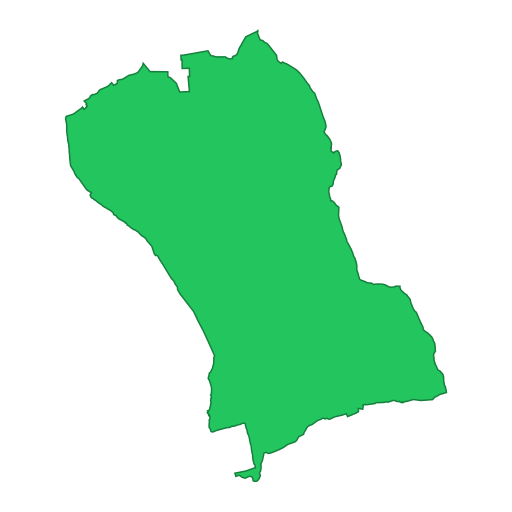 outline of Selimbar, Sibiu, Romania
{"feature_id": "2599482B14672137342466", "entity_name": "Selimbar", "entity_type": "district", "adm_level": 2, "iso_a3": "ROU", "parent_name": "Romania", "parent_adm1": "Sibiu", "projection": "albers", "projection_center": [24.225, 45.735], "detail": "fine", "context": "isolated", "style": "filled", "palette": "green", "viewbox_px": 512, "rotation_deg": 0, "n_neighbors": 0, "source": "geoboundaries", "source_scale": "gbopen_adm2", "svg_char_len": 5992}
<svg xmlns="http://www.w3.org/2000/svg" viewBox="0 0 512 512"><path d="M432.6,399.6L434.6,397.3L437.7,395.8L439.5,394.6L446.4,392.5L446.1,389.9L445.7,388.7L445.5,387.2L445.3,386.6L444.9,386.2L444.3,384.5L444.3,383.7L443.6,380.5L443.8,379.4L443.4,378.5L443.7,377.2L443.0,375.3L443.1,374.7L441.9,373.1L440.8,372.3L440.8,371.8L440.4,371.3L437.9,369.9L435.6,364.8L435.3,364.7L435.1,364.4L435.1,363.0L434.3,361.6L434.1,360.3L433.9,359.9L434.0,359.2L433.8,358.9L434.1,357.7L433.7,357.1L433.6,354.5L433.7,353.9L435.5,351.1L435.2,350.7L435.2,346.9L434.7,343.5L433.2,340.4L432.6,338.3L432.1,337.7L431.7,336.9L427.3,332.6L425.7,331.8L423.2,329.6L423.1,327.8L422.9,327.0L420.1,321.3L416.6,313.0L415.9,311.9L414.7,311.1L413.3,308.8L410.9,302.9L410.1,299.3L407.6,296.2L406.9,295.0L404.3,293.3L400.9,290.1L399.9,287.4L400.0,286.3L395.9,286.1L393.5,287.1L391.5,287.2L389.1,287.0L385.6,285.0L382.2,284.1L377.3,284.0L373.3,284.4L371.5,283.1L367.4,282.8L364.6,281.4L361.1,280.2L359.9,279.5L359.6,279.1L359.2,277.5L358.8,276.9L358.4,274.6L356.9,269.9L356.7,268.9L356.9,266.1L356.4,263.1L354.9,258.2L353.7,256.3L352.8,253.2L350.9,248.7L347.6,242.6L346.9,241.8L346.5,239.3L344.4,233.8L343.1,231.4L341.9,226.3L339.2,219.0L338.5,215.2L338.9,207.3L336.0,205.0L334.2,202.5L332.7,201.2L332.1,200.8L330.7,200.7L330.7,199.2L329.6,196.5L329.4,194.6L328.8,191.9L328.8,190.6L329.4,187.3L330.0,186.7L331.7,186.2L332.3,185.9L332.6,185.3L333.2,183.7L333.4,181.5L333.7,180.2L335.0,177.6L335.4,175.3L336.6,174.1L336.8,170.7L337.3,170.0L340.0,168.1L340.4,166.5L341.4,165.1L341.0,162.5L340.5,161.4L340.7,159.8L340.3,157.8L340.0,155.2L339.2,153.5L339.2,152.9L337.9,151.0L337.5,150.7L335.7,151.3L334.7,151.9L333.7,153.1L332.9,152.1L331.5,151.7L330.8,150.0L331.1,149.4L330.9,148.2L331.2,148.4L331.2,146.5L331.5,144.9L331.5,143.3L331.2,142.3L329.5,138.8L328.6,137.8L327.5,136.0L325.5,134.4L324.0,131.7L324.9,130.3L326.1,126.7L325.4,122.9L325.0,121.3L323.2,117.0L318.2,101.8L316.9,99.5L314.7,93.3L312.7,91.5L311.6,90.0L310.2,87.9L309.3,85.4L307.2,83.1L304.4,78.9L299.8,73.1L297.4,70.8L295.9,69.5L287.3,64.2L284.4,63.0L282.5,62.0L281.1,63.4L278.1,61.1L277.0,59.3L276.6,55.4L267.9,44.3L266.7,43.3L264.3,42.1L262.8,40.6L260.1,39.8L257.5,33.4L257.5,32.8L257.9,31.5L257.8,30.7L257.0,31.4L245.8,36.8L241.7,43.9L241.4,44.9L240.9,45.3L239.0,48.7L239.0,49.2L237.2,53.9L235.9,55.3L233.0,56.4L232.4,57.3L232.4,58.7L230.1,59.0L227.2,58.2L225.4,56.9L215.9,56.9L213.1,55.9L211.2,55.8L210.0,54.4L208.0,50.8L183.8,55.1L180.9,55.3L181.1,59.9L182.0,59.8L182.2,68.5L189.3,68.3L189.6,76.5L188.1,76.4L189.4,91.6L179.7,92.0L176.3,83.3L170.4,77.7L167.9,76.8L167.8,71.8L150.0,71.6L143.2,63.3L142.8,65.3L142.2,66.4L139.7,70.0L137.6,72.6L134.4,74.0L128.7,75.4L123.5,78.7L121.8,79.4L119.1,79.8L117.4,80.5L117.3,83.3L113.8,85.4L111.6,82.7L108.8,85.5L107.2,86.7L100.2,89.6L99.1,90.6L97.4,93.1L94.7,94.4L92.1,94.7L90.3,96.2L90.0,97.3L89.1,98.4L84.2,101.0L86.8,103.9L86.1,104.6L87.2,106.3L86.0,107.3L86.2,107.6L85.4,108.3L84.0,109.4L82.6,107.0L81.3,108.3L73.3,114.1L66.2,116.4L65.7,117.9L65.6,118.9L66.7,124.6L66.7,130.3L67.1,134.7L67.5,136.5L67.8,140.9L68.5,143.3L68.8,145.1L68.8,146.8L69.2,148.9L69.2,152.4L69.5,153.3L69.7,158.0L70.5,165.0L70.9,166.2L74.2,171.7L74.8,173.6L77.2,177.4L78.6,178.4L79.7,179.8L86.3,189.2L87.9,190.7L88.8,191.0L89.8,191.9L91.4,192.4L91.4,192.9L90.2,194.8L90.2,195.3L90.6,196.6L91.9,198.1L93.0,198.4L94.0,199.5L95.6,200.4L98.3,202.7L101.4,204.6L103.0,206.2L111.3,211.0L113.3,213.0L113.7,214.6L116.2,215.7L117.2,217.3L118.7,218.8L124.7,222.0L124.9,222.6L125.4,223.0L126.2,223.1L126.7,223.8L127.2,225.0L129.1,226.1L130.9,227.7L133.1,229.2L134.2,229.8L135.0,229.9L137.0,231.3L137.7,231.5L141.5,235.6L144.6,237.5L146.0,238.8L147.3,241.2L149.3,243.2L149.6,243.8L151.8,246.2L154.2,253.6L155.5,255.5L156.3,255.3L157.2,255.6L158.0,256.4L159.8,259.8L162.8,264.3L171.3,278.4L174.0,281.2L175.1,283.9L177.1,286.6L177.5,287.5L177.6,289.7L180.1,294.0L193.7,311.6L197.8,320.4L203.7,331.6L214.6,355.7L213.9,357.3L213.7,363.5L212.8,366.7L212.5,368.2L210.4,372.3L209.4,372.9L208.9,375.7L208.3,377.6L208.3,378.7L208.7,379.6L209.2,380.0L210.3,383.2L211.5,387.5L211.6,390.2L211.3,393.7L211.0,394.8L210.7,395.0L211.1,395.3L211.4,398.0L210.8,398.3L210.9,399.3L210.6,400.4L211.1,403.0L210.5,404.1L210.6,405.8L210.1,406.8L209.7,409.0L208.9,410.4L207.6,410.8L208.2,411.8L207.3,412.4L208.1,413.9L208.8,414.1L208.7,415.6L209.5,415.4L210.0,417.0L209.8,419.1L209.1,420.3L209.5,421.9L209.2,422.8L209.1,424.2L209.1,427.4L210.3,428.9L210.7,430.8L211.1,431.6L212.8,432.0L216.7,430.4L226.7,427.7L229.9,427.4L231.7,426.3L233.5,426.3L236.4,425.5L237.1,425.0L240.3,424.4L242.0,423.5L244.0,423.1L244.9,423.3L245.1,423.5L246.2,428.3L247.0,429.9L247.4,432.8L249.0,436.4L250.5,444.3L251.0,445.1L251.7,450.8L252.1,453.0L252.6,454.5L252.6,456.4L253.0,459.9L254.1,464.1L255.0,465.1L255.3,467.7L245.8,471.0L234.9,473.2L235.9,476.4L237.8,475.6L239.3,475.5L240.1,475.7L241.9,477.2L244.6,478.1L245.5,478.1L248.4,476.6L250.5,476.3L252.1,477.2L252.8,478.5L253.1,480.7L254.6,481.3L256.1,481.3L257.6,480.7L259.2,478.5L260.3,475.7L260.2,474.7L259.7,474.0L259.4,473.2L259.6,472.4L260.4,471.6L261.0,468.8L261.1,464.9L260.6,464.2L261.3,463.1L262.4,460.6L263.3,456.3L263.5,455.7L263.8,453.4L264.9,452.7L266.1,452.4L268.3,453.4L269.5,453.4L273.2,452.1L279.7,449.4L283.6,447.4L287.6,444.5L295.0,441.9L296.6,440.5L298.2,437.6L298.9,436.7L303.6,434.3L303.9,432.9L307.6,426.6L310.3,425.1L311.9,424.7L317.8,420.4L321.0,419.3L322.3,418.3L323.9,418.3L325.4,419.0L326.8,418.2L328.7,419.1L329.6,419.3L334.8,416.8L341.9,415.2L346.3,413.7L347.6,416.6L356.5,412.9L358.4,411.7L358.5,411.6L358.3,408.4L362.7,409.2L363.3,405.6L363.1,404.9L365.6,404.4L365.8,404.8L374.2,403.7L375.1,403.5L375.4,403.1L377.1,402.5L378.5,402.7L384.0,402.4L386.7,401.8L387.3,402.1L388.2,402.1L393.3,400.4L395.1,400.6L396.1,401.2L397.7,401.6L399.4,401.4L399.7,401.8L401.4,402.6L402.1,402.5L402.4,401.9L402.9,402.6L405.4,401.4L406.4,401.5L413.4,399.5L420.9,400.5L432.6,399.6Z" fill="#22c55e" stroke="#15803d" stroke-width="1.5"/></svg>